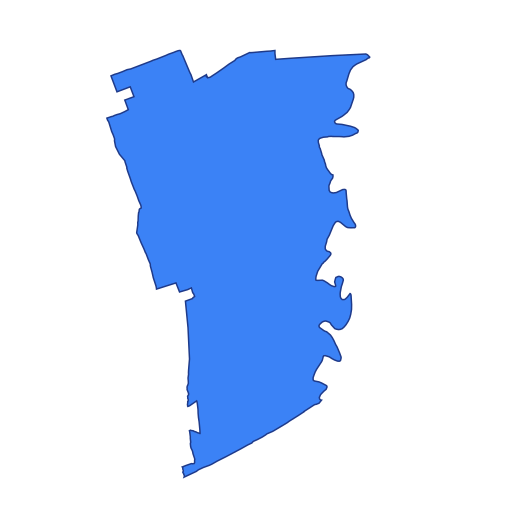 outline of Lunca Banului, Vaslui, Romania, rotated 354°
{"feature_id": "2599482B76490763742626", "entity_name": "Lunca Banului", "entity_type": "district", "adm_level": 2, "iso_a3": "ROU", "parent_name": "Romania", "parent_adm1": "Vaslui", "projection": "albers", "projection_center": [28.188, 46.546], "detail": "fine", "context": "isolated", "style": "filled", "palette": "blue", "viewbox_px": 512, "rotation_deg": 354, "n_neighbors": 0, "source": "geoboundaries", "source_scale": "gbopen_adm2", "svg_char_len": 6082}
<svg xmlns="http://www.w3.org/2000/svg" viewBox="0 0 512 512"><g transform="rotate(354 256 256)"><path d="M306.1,406.2L305.2,405.9L304.7,405.5L304.3,404.9L304.2,403.1L304.6,402.6L305.6,400.8L306.3,400.1L309.4,397.5L311.8,395.9L312.9,393.8L312.9,393.0L312.6,392.3L307.9,389.1L305.5,387.8L301.0,386.4L300.4,385.9L299.9,385.3L300.0,383.7L300.1,382.9L301.4,380.1L302.8,377.4L304.5,374.9L310.3,367.8L311.1,366.4L312.4,362.9L313.0,362.3L314.7,362.4L318.4,364.0L320.7,365.9L323.2,367.6L326.0,369.0L327.5,369.3L328.3,369.3L328.8,369.0L329.2,368.6L330.0,366.2L330.0,365.1L329.0,361.1L327.1,354.9L325.9,352.2L324.6,348.2L323.3,345.1L321.8,342.4L318.3,338.7L316.9,338.1L315.7,337.3L312.0,334.0L311.7,333.7L311.4,332.9L311.3,332.1L311.6,331.4L312.6,330.3L315.1,328.5L316.9,328.0L318.2,327.9L319.0,328.1L321.4,329.2L322.7,330.1L323.8,332.4L326.8,336.5L328.4,337.2L330.3,337.8L332.1,337.8L334.1,337.3L336.2,335.8L338.3,333.8L340.8,330.6L342.7,327.5L344.1,323.9L345.4,319.2L346.0,314.3L346.4,305.3L346.3,304.1L345.9,303.3L345.6,303.2L342.5,306.5L340.3,308.2L339.4,308.5L338.5,308.5L337.1,308.3L336.1,307.0L335.8,306.2L335.6,305.3L335.7,302.5L336.1,300.6L337.7,295.3L338.9,292.7L340.3,289.2L340.3,288.2L340.1,287.6L339.5,286.7L338.2,285.6L336.4,284.9L335.4,285.0L333.2,285.7L332.5,287.2L331.5,290.0L332.1,293.3L332.1,294.3L331.9,294.5L331.2,294.7L330.2,294.5L327.7,293.3L326.2,292.1L324.2,290.2L321.2,287.9L319.6,287.0L314.7,286.7L313.2,286.4L313.1,286.1L313.0,285.4L313.3,283.7L313.7,282.3L315.8,277.6L321.0,270.7L322.2,270.0L322.5,269.4L324.0,268.5L326.3,266.6L329.8,263.2L330.5,262.3L330.7,261.4L330.5,260.6L329.2,259.3L327.6,258.8L326.9,258.3L325.9,256.9L325.6,256.0L325.9,253.5L327.7,249.3L328.4,246.8L331.1,242.9L335.8,234.2L336.8,232.8L338.4,230.9L339.3,230.3L340.4,230.1L341.4,230.1L342.5,230.7L343.6,231.4L348.2,236.1L349.7,237.1L350.5,237.4L352.9,237.8L357.1,238.2L357.6,237.9L358.0,237.3L358.2,236.7L358.2,235.7L357.9,234.6L356.9,232.9L354.8,228.5L353.8,225.3L353.0,221.4L352.3,219.1L352.1,216.9L352.3,210.4L352.2,208.8L352.3,202.4L352.4,200.6L352.3,199.8L351.6,199.2L350.9,199.0L349.1,199.0L342.5,201.3L339.4,201.4L337.5,200.8L336.4,200.1L335.6,198.4L335.8,194.2L336.0,193.4L337.2,191.2L338.1,189.1L340.3,186.6L340.6,185.8L340.9,184.8L341.0,183.4L339.6,182.8L338.7,181.7L337.9,180.5L337.3,179.3L336.4,177.9L335.3,175.7L335.1,174.9L334.8,173.6L334.7,171.9L333.9,168.7L334.0,168.0L332.1,162.1L332.0,160.8L331.0,155.7L330.5,154.7L330.4,153.8L330.5,152.9L329.9,149.7L330.0,147.4L330.5,146.7L331.5,145.8L332.8,145.4L335.5,144.9L339.5,145.0L340.8,144.7L343.7,144.9L344.4,145.1L346.5,145.4L351.4,145.9L354.0,146.3L355.7,146.7L361.0,146.7L364.7,145.9L367.8,144.6L369.4,144.2L370.3,143.4L370.8,141.9L370.5,141.2L368.5,139.3L367.3,138.5L363.5,136.8L355.2,134.1L350.4,133.2L349.5,132.9L348.5,131.9L348.2,130.9L348.2,130.3L349.0,129.3L350.2,128.7L356.0,126.2L357.9,125.1L361.6,122.7L364.0,120.1L365.5,118.1L369.1,110.3L369.8,108.4L370.0,106.8L370.1,105.7L369.8,103.8L369.0,102.3L367.7,100.7L366.8,99.9L365.4,99.2L364.7,98.6L364.0,97.2L363.6,96.0L363.5,94.5L363.8,93.0L364.6,91.4L366.7,86.3L367.5,84.4L369.5,80.8L372.3,77.8L375.0,76.2L376.7,75.4L386.1,72.2L387.9,71.0L389.4,70.7L389.9,70.1L387.9,67.5L386.4,66.6L352.8,64.7L309.0,62.9L296.1,62.5L296.0,56.7L296.3,53.6L291.6,53.7L287.6,53.5L274.0,53.3L271.9,53.2L270.9,53.0L261.3,56.4L258.8,56.9L257.4,57.5L256.5,58.1L255.4,59.3L249.1,62.4L243.5,65.7L235.7,70.0L230.8,72.5L229.2,73.4L226.5,73.7L226.1,72.2L225.5,72.5L225.2,71.8L225.6,71.5L225.6,70.5L212.0,76.4L210.3,69.0L209.3,66.4L204.7,51.1L204.1,49.1L203.6,48.1L202.5,44.2L202.1,43.7L201.7,43.6L200.0,43.7L197.4,44.3L195.5,44.9L190.0,46.2L187.4,47.1L183.8,48.1L177.7,49.8L173.9,50.6L173.4,50.8L171.5,51.4L150.8,56.9L147.3,57.2L142.5,58.7L137.5,60.0L134.5,60.5L130.6,61.7L134.9,78.2L148.6,74.6L151.3,84.8L141.8,87.2L144.3,97.1L140.5,98.7L135.8,100.3L132.6,100.8L129.7,101.5L128.3,102.1L127.0,102.2L122.1,103.3L122.6,105.4L123.5,107.1L123.7,107.9L125.5,117.1L126.6,120.5L127.5,124.2L127.6,124.9L127.3,126.7L127.8,132.5L130.8,140.5L135.5,147.5L135.6,148.7L136.8,154.1L136.7,155.3L137.3,158.5L139.1,165.9L139.7,169.0L141.9,177.0L142.6,178.8L144.0,183.6L145.2,188.7L146.7,193.2L146.9,194.5L146.9,195.8L146.7,196.4L145.7,196.7L145.0,197.2L144.8,197.5L144.3,199.8L143.8,200.5L143.1,203.8L142.4,208.8L141.9,210.2L141.7,212.7L139.8,220.2L139.8,220.8L140.2,221.8L141.0,223.4L143.1,230.7L145.4,237.5L146.4,241.1L146.9,242.0L148.6,248.5L150.0,252.8L150.0,253.4L149.9,254.6L150.0,255.6L150.9,261.0L151.6,266.9L153.4,275.3L153.6,277.3L153.6,278.5L173.6,274.4L176.2,283.8L184.4,282.3L188.4,281.0L189.1,285.2L189.5,286.4L190.0,287.0L190.5,288.7L190.7,289.9L189.0,290.8L188.4,291.7L181.1,293.5L180.9,320.2L179.1,351.5L177.0,362.6L176.6,365.3L176.6,366.4L175.7,370.0L175.6,371.3L175.6,372.8L175.4,375.7L175.1,376.2L174.7,377.2L174.1,378.1L173.7,379.2L173.7,380.2L173.5,381.7L174.3,384.4L174.3,385.0L174.6,385.4L174.4,387.0L173.3,388.3L173.4,389.4L173.2,390.3L173.5,391.1L173.6,391.9L173.4,393.1L172.9,393.5L172.8,394.1L172.8,394.6L172.3,396.7L172.4,397.5L172.3,398.0L172.5,398.5L174.3,398.0L181.8,393.9L182.0,394.5L182.2,396.3L182.3,402.2L182.2,403.9L182.0,406.2L181.9,410.5L182.1,415.0L182.0,423.1L181.8,426.6L181.7,426.7L181.3,426.4L179.3,425.6L177.8,424.6L176.7,424.2L175.9,423.8L175.7,423.5L174.8,423.1L173.9,423.0L172.6,422.4L171.5,422.8L171.7,424.0L171.8,429.0L171.6,430.4L171.6,434.3L171.1,435.8L171.1,438.6L171.3,440.2L172.2,442.6L172.5,443.8L172.7,446.1L173.8,451.1L173.9,451.8L173.6,452.5L173.4,454.9L172.9,455.9L171.2,456.0L170.1,455.7L164.5,457.0L160.6,458.1L161.1,458.8L160.9,460.1L161.3,461.9L161.2,462.4L160.6,463.3L160.9,464.2L161.3,465.0L161.4,465.8L161.7,466.4L161.6,468.0L161.4,468.4L174.1,464.0L176.4,462.6L181.6,460.8L187.7,459.3L190.3,458.4L196.0,455.9L205.0,452.5L220.7,446.2L228.1,443.0L232.1,441.6L232.5,441.4L233.1,440.7L234.2,440.0L238.2,438.7L243.3,436.7L246.9,434.9L248.3,434.0L254.1,432.2L255.5,431.6L269.9,424.9L271.7,423.8L281.7,418.9L287.5,415.9L287.4,415.7L297.2,410.7L298.9,409.9L300.4,409.8L303.3,409.0L306.1,406.2Z" fill="#3b82f6" stroke="#1e3a8a" stroke-width="1.5"/></g></svg>